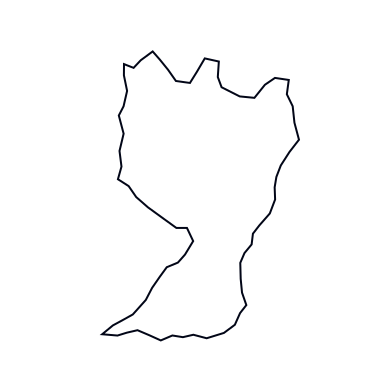 Diadema, São Paulo, Brazil (Albers equal-area conic projection), rotated 347°
{"feature_id": "56859067B95634505388778", "entity_name": "Diadema", "entity_type": "district", "adm_level": 2, "iso_a3": "BRA", "parent_name": "Brazil", "parent_adm1": "São Paulo", "projection": "albers", "projection_center": [-46.614, -23.698], "detail": "fine", "context": "isolated", "style": "outline", "palette": "ink", "viewbox_px": 384, "rotation_deg": 347, "n_neighbors": 0, "source": "geoboundaries", "source_scale": "gbopen_adm2", "svg_char_len": 1031}
<svg xmlns="http://www.w3.org/2000/svg" viewBox="0 0 384 384"><g transform="rotate(347 192 192)"><path d="M190.4,55.7L185.3,46.2L171.7,52.1L163.0,57.9L154.5,52.1L151.9,63.0L151.5,78.9L144.6,93.1L137.9,101.0L138.5,119.8L130.6,135.7L129.0,151.4L122.7,162.9L131.6,172.0L136.5,184.4L145.6,197.0L158.8,212.2L168.7,223.5L179.0,225.9L182.1,240.1L171.1,251.4L162.4,257.6L150.5,259.6L141.6,267.3L131.6,276.4L122.7,286.8L106.8,298.0L96.8,300.9L84.9,304.2L72.5,310.4L87.1,315.1L97.0,314.4L107.8,314.4L118.1,321.9L128.2,329.6L140.6,327.4L150.5,331.4L161.2,331.4L173.4,337.8L191.4,336.5L203.9,331.0L211.6,320.8L219.5,314.4L218.1,301.3L219.9,287.6L223.1,271.9L229.4,263.3L238.3,256.5L242.0,246.3L250.1,239.7L263.0,230.4L271.3,218.0L273.6,206.0L277.6,196.3L284.5,186.1L296.0,174.9L308.0,165.1L307.4,147.5L309.4,131.1L306.4,118.1L311.5,104.6L298.5,99.5L287.2,103.9L274.0,114.3L260.0,109.6L244.4,96.6L243.0,85.8L247.5,70.9L234.5,64.7L223.8,76.0L214.5,85.3L201.3,80.2L196.2,67.6L190.4,55.7Z" fill="none" stroke="#020617" stroke-width="2"/></g></svg>